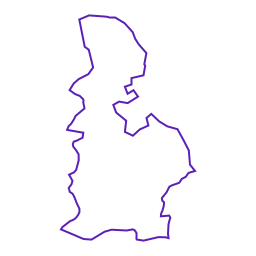 outline of Jelgava
{"feature_id": "LVA-1084", "entity_name": "Jelgava", "entity_type": "Municipality", "adm_level": 1, "iso_a3": "LVA", "parent_name": "Latvia", "parent_adm1": "", "projection": "mercator", "projection_center": [23.638, 56.61], "detail": "fine", "context": "isolated", "style": "outline", "palette": "violet", "viewbox_px": 256, "rotation_deg": 0, "n_neighbors": 0, "source": "natural_earth", "source_scale": "10m", "svg_char_len": 1555}
<svg xmlns="http://www.w3.org/2000/svg" viewBox="0 0 256 256"><path d="M91.5,239.6L83.6,239.0L61.0,229.4L62.5,227.0L70.2,221.0L72.5,220.2L75.1,218.6L76.7,216.9L78.2,214.8L79.4,212.3L79.4,208.7L76.6,202.9L74.4,197.1L72.6,193.7L69.9,192.0L68.7,188.1L69.2,187.3L71.5,184.3L71.9,182.8L72.5,180.9L69.1,174.7L74.1,172.3L76.2,169.8L78.7,160.3L78.6,154.3L75.8,149.8L73.3,146.7L72.8,144.0L73.8,141.6L76.4,140.8L82.6,137.7L83.3,132.7L67.1,129.9L68.6,126.2L71.2,123.7L74.2,118.9L75.5,116.0L82.4,110.2L84.4,108.6L84.2,106.8L83.2,102.1L83.6,100.6L82.9,98.9L79.6,95.8L75.1,94.1L69.6,90.1L73.8,83.4L78.7,79.1L88.3,74.2L93.1,67.5L88.8,49.8L84.7,46.7L79.3,19.5L89.1,15.4L106.7,16.7L109.6,17.5L115.2,17.5L124.6,23.2L132.8,32.3L135.2,38.8L138.7,44.3L146.4,53.1L144.3,64.3L145.2,65.7L143.5,75.3L131.5,78.1L131.5,84.5L124.9,86.7L127.6,93.8L133.5,90.2L138.0,96.6L127.7,103.1L119.1,101.6L113.3,104.9L116.2,112.6L126.2,120.7L124.9,131.9L132.9,135.7L139.7,129.5L148.4,125.5L146.5,118.0L151.3,113.9L159.2,121.4L167.4,126.4L177.5,129.2L183.7,140.5L188.8,150.4L190.0,164.6L195.0,171.0L188.5,172.9L185.8,176.8L181.8,178.9L179.2,182.8L171.8,185.4L169.4,186.7L166.5,192.4L163.4,196.2L161.9,198.0L162.0,199.5L162.3,200.7L164.0,202.3L164.0,204.2L163.5,206.9L162.4,210.8L161.5,212.7L161.0,214.2L160.9,216.3L169.2,215.6L170.3,217.7L169.1,221.8L168.5,224.4L168.0,233.8L168.5,238.1L165.7,237.3L158.5,237.1L143.5,240.6L136.7,239.5L136.4,238.2L136.6,235.8L136.4,232.8L134.5,230.1L132.7,229.4L126.7,230.5L111.6,229.7L104.6,231.7L91.5,239.6Z" fill="none" stroke="#5b21b6" stroke-width="2"/></svg>